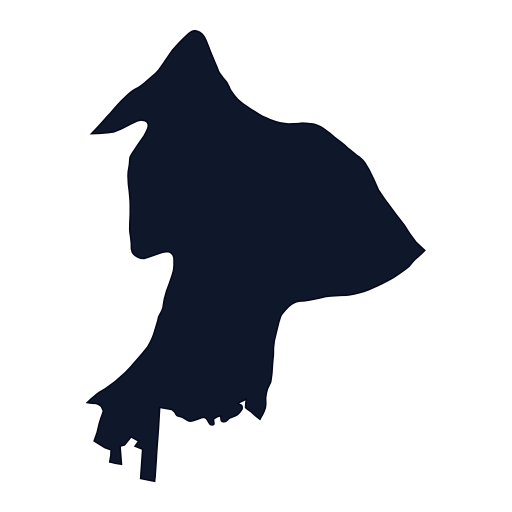 Xuan Truong, Nam Định, Vietnam (Robinson projection)
{"feature_id": "81297802B91982413663988", "entity_name": "Xuan Truong", "entity_type": "district", "adm_level": 2, "iso_a3": "VNM", "parent_name": "Vietnam", "parent_adm1": "Nam Định", "projection": "robinson", "projection_center": [106.347, 20.297], "detail": "fine", "context": "isolated", "style": "filled", "palette": "ink", "viewbox_px": 512, "rotation_deg": 0, "n_neighbors": 0, "source": "geoboundaries", "source_scale": "gbopen_adm2", "svg_char_len": 4964}
<svg xmlns="http://www.w3.org/2000/svg" viewBox="0 0 512 512"><path d="M424.8,250.4L421.3,247.2L416.0,242.2L409.6,233.5L404.5,225.5L399.6,219.1L396.6,215.3L390.5,207.0L384.3,198.7L378.4,189.9L373.7,179.2L368.9,169.5L364.8,162.7L362.6,160.0L359.4,157.1L356.9,155.5L350.5,150.2L348.0,148.3L346.5,146.9L344.4,144.9L342.5,143.4L340.5,141.8L340.4,141.8L337.4,139.5L334.5,137.3L330.3,133.6L326.6,130.9L325.2,129.8L322.9,128.2L320.6,126.7L317.2,125.3L315.6,124.7L313.7,124.1L312.1,123.9L309.9,123.7L307.8,123.5L306.6,123.3L305.3,123.3L303.0,123.1L302.2,123.1L301.9,123.1L298.4,123.6L295.2,123.7L291.8,123.8L288.8,124.0L286.8,123.8L284.9,123.5L282.5,123.2L280.6,122.9L278.8,122.5L276.6,121.9L274.4,121.2L272.2,120.4L269.7,119.5L266.1,117.8L262.7,116.4L259.0,114.3L257.0,113.0L255.3,111.9L250.8,109.2L248.5,107.6L245.9,105.8L243.6,104.3L241.7,102.8L239.3,100.8L237.6,99.3L236.4,97.9L234.6,95.8L233.8,94.7L232.7,93.2L231.7,91.7L230.7,90.3L229.9,88.8L228.8,86.2L226.9,82.6L225.5,80.7L223.4,78.3L222.0,76.4L220.9,74.9L220.1,73.9L218.7,71.7L216.7,66.5L215.2,63.0L214.3,61.0L213.6,59.2L210.0,50.5L208.9,47.5L206.9,42.5L206.7,42.0L206.0,40.3L205.3,38.9L204.5,37.2L203.3,35.5L202.0,34.0L200.1,32.5L198.6,31.7L196.8,31.1L195.3,30.7L194.1,30.8L192.9,31.0L191.9,31.4L190.7,32.1L188.6,33.6L185.3,36.7L183.3,38.6L179.2,42.7L177.4,44.7L174.6,47.8L172.5,50.1L171.1,52.2L170.0,53.7L168.7,55.6L167.3,57.7L165.1,60.8L163.2,63.7L161.6,65.9L160.7,67.3L160.2,67.9L159.5,68.9L158.7,70.1L156.0,73.0L154.4,74.5L152.4,76.1L150.9,77.5L148.8,79.3L147.0,80.8L144.3,83.2L141.9,85.1L138.5,87.5L134.4,89.6L131.2,91.8L129.5,93.2L126.4,96.0L124.0,98.4L122.2,100.0L119.2,103.2L118.3,104.1L115.0,107.8L110.2,113.4L107.1,116.6L103.8,120.4L101.2,123.3L98.0,126.8L94.8,130.2L91.5,133.7L99.3,133.4L107.9,132.7L113.8,131.9L121.5,128.8L131.5,123.6L137.6,120.8L141.3,120.1L144.9,120.7L146.7,121.7L147.6,122.9L148.1,124.2L148.3,125.3L148.1,127.0L147.2,129.8L144.2,135.7L138.4,144.0L135.8,147.9L133.4,151.5L131.6,154.2L130.3,156.7L130.0,157.7L129.8,158.8L129.5,163.4L129.2,165.7L128.2,171.7L128.0,176.2L128.4,184.2L129.3,191.6L129.8,197.2L130.1,201.3L130.2,204.9L130.2,214.3L129.8,223.3L129.7,229.2L130.0,233.1L130.5,236.0L131.3,243.5L131.4,248.9L132.2,252.0L133.3,253.8L135.1,255.5L137.7,257.1L140.8,258.3L144.1,258.5L148.6,257.1L156.0,254.5L161.0,252.8L161.7,252.5L165.5,251.8L168.0,251.7L169.5,252.0L171.2,253.1L172.9,254.9L173.9,257.6L174.0,260.4L174.0,265.5L173.5,270.5L171.9,276.1L168.7,285.3L166.5,291.1L164.9,297.0L164.6,297.9L163.8,301.9L163.0,307.4L162.9,307.8L162.0,310.4L159.7,314.8L158.5,317.2L157.9,320.2L156.8,324.0L153.8,333.9L152.5,337.4L150.7,341.4L147.8,346.7L146.7,348.1L143.9,351.6L140.1,356.1L133.8,363.3L130.8,366.8L125.4,372.5L114.9,381.8L105.1,388.9L99.3,392.3L96.7,394.2L91.2,398.8L87.2,402.6L88.4,402.8L89.5,403.0L93.7,403.4L95.3,403.4L96.8,403.7L99.1,404.8L100.8,406.0L101.5,406.8L103.4,411.0L101.8,415.8L100.9,418.1L99.3,423.3L99.1,424.1L98.1,428.3L97.1,432.5L94.1,441.0L104.4,447.4L104.7,447.6L111.1,449.9L110.8,455.6L109.7,462.0L110.8,462.2L115.4,463.3L121.5,464.3L120.1,446.2L124.6,444.9L131.0,436.9L138.8,441.1L138.5,441.4L135.0,446.2L142.6,449.2L140.6,478.5L154.6,481.3L154.6,481.2L155.1,477.0L156.3,459.8L156.7,452.5L158.5,428.3L159.7,407.4L171.8,409.5L173.2,410.7L174.6,411.9L176.3,414.8L176.9,415.5L177.4,415.8L179.0,416.3L181.3,416.9L182.9,417.5L183.8,418.1L186.9,420.0L188.8,421.0L190.4,421.2L191.3,421.1L193.1,420.7L197.7,419.2L201.6,417.7L203.2,417.4L204.4,417.5L205.3,417.9L206.1,418.3L207.3,419.9L208.3,421.6L209.7,423.9L210.9,424.8L212.6,424.9L213.5,424.6L213.9,424.2L214.0,423.4L213.9,422.9L213.6,420.6L213.6,419.4L213.7,419.0L214.0,418.7L214.8,418.2L216.3,417.3L217.4,416.7L219.4,416.0L219.9,416.0L220.1,416.2L220.5,416.7L220.9,417.9L221.1,419.9L221.4,420.9L222.2,421.5L223.4,421.8L225.1,421.6L226.1,421.2L227.1,420.3L228.5,418.9L229.8,418.0L232.4,417.0L235.4,415.8L237.4,414.7L238.9,413.3L240.4,411.5L241.9,409.4L242.2,408.4L242.2,407.5L242.1,406.6L241.9,405.8L241.3,405.1L239.8,404.5L238.0,403.5L239.2,402.6L244.0,400.3L246.0,399.2L246.0,399.3L246.2,399.6L246.2,400.5L245.9,402.0L245.6,405.8L245.5,407.3L246.1,408.2L251.2,411.9L255.4,415.7L260.0,419.3L261.0,417.2L262.6,414.5L264.3,410.9L265.4,407.6L265.8,404.2L265.8,403.1L265.7,400.7L265.7,397.5L266.4,392.9L267.5,388.8L269.2,385.1L270.4,382.8L270.9,381.0L271.2,378.9L271.9,373.7L272.6,363.2L273.1,357.8L273.4,355.2L273.5,347.9L274.3,340.8L276.2,332.8L278.8,322.2L280.3,317.4L281.1,315.3L282.7,313.1L285.6,309.7L286.1,309.2L288.4,306.8L290.9,304.7L293.1,303.3L296.3,301.8L299.7,301.1L304.1,300.9L308.7,300.2L313.9,299.2L318.9,298.2L325.0,296.7L328.6,296.2L334.1,295.8L334.5,295.8L340.7,295.4L345.0,295.3L348.8,295.0L354.2,294.0L358.8,292.9L364.2,291.4L368.8,289.7L373.9,287.4L376.9,286.1L382.7,283.3L390.2,279.4L394.3,277.0L400.9,272.5L406.0,268.8L409.1,266.3L412.6,262.0L414.9,259.5L417.1,257.6L417.5,257.3L417.7,257.1L420.1,254.9L421.7,253.5L424.8,250.4Z" fill="#0f172a" stroke="#020617" stroke-width="1.5"/></svg>